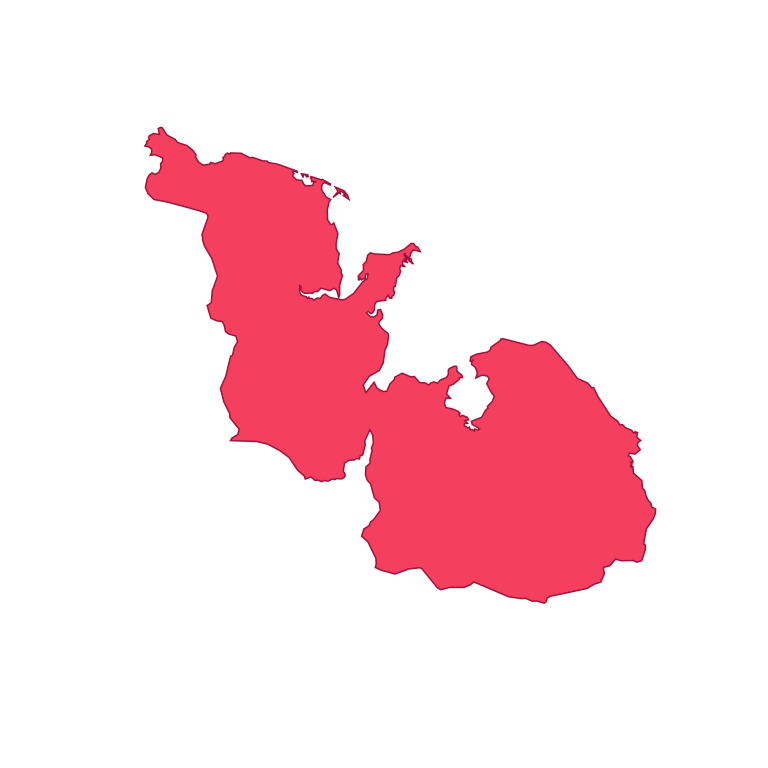 outline of Mossuril, Nampula, Mozambique, rotated 287°
{"feature_id": "85939544B64339198961844", "entity_name": "Mossuril", "entity_type": "district", "adm_level": 2, "iso_a3": "MOZ", "parent_name": "Mozambique", "parent_adm1": "Nampula", "projection": "mercator", "projection_center": [40.59, -15.021], "detail": "fine", "context": "isolated", "style": "filled", "palette": "rose", "viewbox_px": 768, "rotation_deg": 287, "n_neighbors": 0, "source": "geoboundaries", "source_scale": "gbopen_adm2", "svg_char_len": 6154}
<svg xmlns="http://www.w3.org/2000/svg" viewBox="0 0 768 768"><g transform="rotate(287 384 384)"><path d="M433.4,373.2L436.6,365.4L440.0,361.3L442.3,361.3L446.6,363.3L449.5,362.6L454.3,358.9L452.8,356.3L448.3,357.2L444.7,354.4L444.6,350.5L446.9,346.3L448.7,347.6L447.5,350.8L448.8,352.3L451.7,353.1L457.9,351.9L461.0,353.1L464.6,361.3L466.4,360.6L470.1,362.0L467.8,364.0L468.1,366.4L470.0,365.8L471.6,367.3L475.3,367.2L476.2,365.8L480.0,364.9L480.6,366.2L489.5,365.2L491.9,366.7L496.4,367.0L499.2,365.2L502.1,365.2L502.3,370.2L503.8,366.8L506.7,365.9L506.9,368.2L508.3,367.3L506.7,371.5L509.9,367.3L510.9,368.1L510.1,369.3L511.0,369.1L512.5,366.1L514.0,365.0L515.4,366.7L514.0,366.1L512.5,369.5L509.0,371.9L507.2,377.1L509.3,374.4L511.5,373.7L511.5,371.5L517.3,371.5L520.8,372.9L521.3,380.0L524.6,376.4L524.9,373.9L527.0,371.3L526.5,369.0L519.0,364.1L514.1,358.8L511.9,354.0L509.3,351.5L505.6,337.1L505.4,332.5L502.2,330.7L496.1,331.3L492.2,329.2L486.6,331.2L479.9,327.8L476.2,329.1L476.4,330.2L478.4,330.2L477.1,332.2L478.9,333.8L478.8,335.2L483.9,334.4L484.7,336.4L480.3,337.3L475.2,333.6L461.7,328.5L453.9,322.3L452.3,319.7L450.9,306.9L452.8,301.4L450.6,299.2L447.4,298.2L446.7,295.0L443.6,292.3L444.8,290.3L444.0,287.2L445.0,286.7L443.6,285.8L444.7,284.1L444.7,279.6L445.6,277.8L448.0,276.1L453.5,274.6L452.8,276.2L449.4,276.8L447.5,281.2L450.1,289.3L452.4,290.8L452.8,293.3L457.4,295.9L457.3,304.7L460.9,308.1L460.0,311.2L453.6,315.3L455.8,315.6L465.3,312.7L475.8,312.5L477.9,310.4L480.4,309.8L486.2,304.3L495.5,303.1L499.0,299.0L503.5,297.3L514.4,295.9L523.3,288.9L521.3,287.7L521.1,286.0L524.6,282.0L533.6,278.9L541.8,278.2L544.8,279.1L545.9,274.0L551.5,267.5L556.0,266.4L559.2,267.7L558.6,274.4L559.7,274.1L561.6,265.0L560.9,264.5L561.1,253.6L559.6,253.4L557.7,255.6L556.4,255.6L557.8,260.0L555.7,257.8L553.2,257.9L550.5,251.4L551.7,248.7L554.8,245.9L553.6,241.0L555.8,236.3L558.0,235.5L558.8,236.4L560.2,234.4L561.2,234.8L561.1,239.3L562.1,239.0L563.1,218.2L562.0,208.9L563.0,206.9L561.9,202.8L562.3,192.3L561.1,189.8L562.9,179.9L560.1,169.6L558.6,169.1L559.1,166.9L557.0,165.0L555.5,165.2L553.3,163.8L552.1,164.8L550.0,164.4L545.2,157.9L545.2,153.5L543.1,152.7L540.4,146.9L542.1,141.6L546.0,137.6L548.2,137.2L551.7,132.6L554.4,125.9L554.6,116.0L556.9,112.7L558.6,103.7L564.2,97.0L563.9,95.0L562.1,93.4L557.0,96.3L556.1,90.3L552.9,87.1L551.3,86.7L549.2,88.0L546.4,86.0L544.9,86.7L541.7,85.7L541.9,90.1L540.9,92.8L538.1,94.1L534.4,93.6L536.4,98.2L535.5,105.8L534.6,106.6L531.9,107.0L529.1,105.9L525.3,107.5L520.7,106.9L517.6,104.0L518.1,100.4L515.0,98.3L510.9,97.5L502.1,98.4L496.8,102.9L493.2,110.2L494.7,124.1L495.7,156.0L495.4,164.1L493.9,166.1L491.7,166.9L474.0,166.2L468.4,168.7L463.8,171.6L453.8,182.5L438.5,193.3L423.1,192.5L411.2,195.0L407.3,191.9L396.4,199.1L395.5,205.2L396.4,211.0L393.5,214.0L387.8,217.1L386.4,220.9L386.5,228.5L381.5,231.6L375.7,230.1L367.2,230.7L365.7,229.2L345.0,230.4L332.1,228.8L320.0,236.1L310.6,245.1L306.7,246.5L298.5,258.7L292.9,258.9L287.7,254.3L285.0,253.8L291.8,279.1L292.5,290.3L289.8,304.1L286.0,314.7L276.4,326.5L272.7,334.7L270.1,336.5L273.8,341.4L271.6,346.2L272.8,348.9L272.3,352.7L274.3,355.3L274.7,358.9L278.1,362.5L278.2,365.0L279.6,366.1L280.8,371.1L283.4,373.5L286.1,373.4L288.9,370.5L296.9,369.4L301.0,373.1L302.7,377.9L304.6,379.3L305.1,382.5L308.0,382.1L310.0,384.4L320.9,383.8L323.8,382.2L336.1,383.9L332.0,388.0L324.4,391.1L319.0,390.7L316.7,392.1L308.2,392.5L304.1,393.8L299.3,390.9L291.6,392.9L286.9,396.3L284.7,400.3L272.4,408.0L269.4,414.1L261.9,417.4L251.2,413.7L248.2,411.5L244.0,411.1L239.4,407.1L231.8,407.1L228.6,414.5L215.0,427.2L209.6,429.2L206.0,429.3L205.1,436.1L205.5,450.1L214.4,461.8L218.6,471.5L218.6,474.0L204.8,494.6L203.8,498.1L208.7,506.4L212.9,520.0L217.1,525.2L221.0,527.9L217.0,565.2L219.0,578.4L220.5,582.0L219.6,589.2L221.1,593.5L221.3,601.4L222.7,602.5L227.0,602.7L229.7,605.2L247.7,637.7L254.3,643.9L257.9,649.2L266.8,650.2L272.7,647.4L276.3,653.1L284.2,656.6L284.3,662.4L288.1,674.2L287.5,677.6L290.3,682.1L302.9,682.3L306.4,681.0L307.1,679.0L322.2,677.3L333.5,680.8L339.4,681.4L343.7,680.4L344.8,675.8L347.9,674.3L350.2,670.4L354.0,667.0L358.3,664.6L360.0,661.6L367.0,658.8L371.8,648.5L376.7,646.6L377.0,644.8L377.9,645.7L377.9,643.7L380.1,644.7L381.2,642.7L381.8,644.7L382.8,644.8L386.4,640.8L386.8,638.8L389.7,638.7L390.3,644.5L396.1,648.3L399.2,644.3L402.1,643.9L405.1,646.0L407.0,641.1L411.6,640.8L411.8,638.0L410.6,638.4L410.3,636.7L412.0,634.6L412.8,627.7L414.8,624.1L414.1,621.2L416.8,618.3L419.5,610.2L435.0,591.8L441.9,585.5L441.2,583.6L444.4,578.7L445.9,567.3L455.1,555.0L469.8,531.8L471.3,526.8L470.8,522.4L464.7,515.6L463.3,511.2L462.1,484.2L461.1,482.6L459.8,482.7L450.5,475.6L447.1,475.5L444.8,473.5L439.8,464.2L435.6,459.2L431.2,459.5L431.1,460.9L433.7,462.5L430.3,461.4L428.1,462.2L427.1,465.7L423.4,469.2L420.7,470.2L416.6,470.0L421.1,475.1L421.8,480.5L419.6,483.1L414.4,482.1L407.5,488.8L404.4,493.1L399.1,492.6L392.7,489.4L391.4,490.5L388.6,488.7L380.8,487.2L373.8,478.4L371.1,480.2L369.1,488.6L367.4,487.6L367.4,484.0L365.4,484.2L366.2,481.5L365.6,479.7L367.8,478.3L366.7,477.1L367.6,472.9L369.8,472.7L370.8,475.4L372.5,472.0L374.4,475.3L376.5,473.5L377.0,468.1L375.3,466.4L376.6,464.6L378.3,465.3L379.6,462.8L380.2,456.2L379.5,450.4L381.7,448.2L385.5,447.1L388.7,447.5L389.7,451.8L392.9,446.7L401.0,446.7L404.3,450.5L410.0,454.3L412.1,454.5L413.0,457.2L415.0,456.1L417.6,450.1L422.1,448.3L421.5,445.9L417.8,441.9L416.0,441.4L411.6,442.8L408.3,441.6L404.2,436.7L400.4,434.9L400.6,431.1L398.9,428.6L396.1,427.2L397.1,423.1L395.8,417.6L400.0,410.9L398.6,407.5L399.7,398.3L393.7,392.4L390.9,392.4L385.9,389.7L377.9,388.8L376.6,385.4L377.1,381.0L378.3,378.2L382.8,374.0L370.4,369.2L376.9,364.4L387.1,367.6L395.5,375.5L403.9,377.1L416.7,375.0L423.1,375.7L431.7,374.2L433.4,373.2ZM557.1,289.3L558.1,279.9L555.2,283.2L553.8,283.5L547.5,280.7L553.5,284.9L553.3,286.5L555.6,285.5L555.3,289.2L552.9,292.6L553.3,290.4L552.3,290.0L550.3,296.5L553.9,293.9L557.1,289.3ZM561.8,249.8L560.9,243.6L557.8,246.4L560.7,245.4L561.0,249.6L560.3,250.1L560.3,248.4L559.4,249.5L560.4,250.9L561.8,249.8Z" fill="#f43f5e" stroke="#9f1239" stroke-width="1.5"/></g></svg>